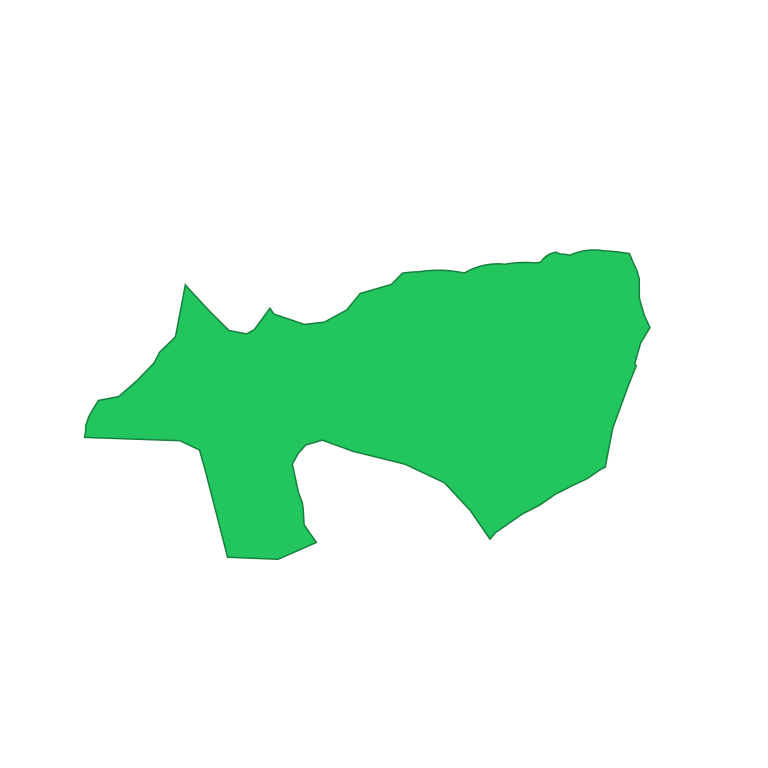 outline of E Mansora 2, Ad Daqahliyah, Egypt, rotated 55°
{"feature_id": "37247803B17472786437270", "entity_name": "E Mansora 2", "entity_type": "district", "adm_level": 2, "iso_a3": "EGY", "parent_name": "Egypt", "parent_adm1": "Ad Daqahliyah", "projection": "orthographic", "projection_center": [31.41, 31.047], "detail": "fine", "context": "isolated", "style": "filled", "palette": "green", "viewbox_px": 768, "rotation_deg": 55, "n_neighbors": 0, "source": "geoboundaries", "source_scale": "gbopen_adm2", "svg_char_len": 2858}
<svg xmlns="http://www.w3.org/2000/svg" viewBox="0 0 768 768"><g transform="rotate(55 384 384)"><path d="M256.0,659.9L313.4,583.7L332.3,573.0L348.4,578.6L354.5,580.8L436.2,611.5L466.8,571.3L475.0,530.3L453.5,530.2L440.0,521.9L434.7,519.1L423.9,516.3L410.5,510.7L397.1,505.1L391.7,494.2L389.1,483.2L394.5,466.8L421.5,447.9L461.9,412.7L466.4,410.1L499.7,391.1L518.5,388.5L537.4,385.9L571.9,386.2L569.7,378.0L569.8,345.2L572.5,326.1L572.6,313.0L572.6,306.9L575.3,287.8L578.1,271.4L578.2,255.0L579.1,250.5L567.4,238.5L562.1,233.0L551.4,222.0L524.6,183.5L521.0,178.0L519.2,175.3L515.9,170.1L513.9,167.0L511.2,167.0L497.8,150.5L490.3,133.8L476.3,131.2L460.2,125.6L444.1,114.5L436.1,111.7L430.8,110.9L427.7,110.3L417.9,108.1L417.6,108.6L417.5,108.8L416.6,109.7L414.4,111.9L412.4,114.1L410.3,116.3L408.3,118.6L406.4,120.9L404.4,123.2L402.6,125.6L401.4,127.1L401.0,127.6L400.5,128.0L399.3,129.3L398.1,130.7L397.5,131.4L396.9,132.1L395.8,133.6L395.3,134.3L394.7,135.0L393.7,136.6L393.2,137.3L392.7,138.1L391.8,139.7L391.3,140.5L390.9,141.3L390.1,142.9L389.7,143.8L389.3,144.6L388.6,146.3L388.2,147.1L387.9,148.0L387.3,149.7L387.0,150.6L386.7,151.4L386.2,153.2L386.0,154.1L385.7,155.0L385.3,156.8L385.2,157.2L385.2,157.6L381.2,161.8L378.7,165.1L374.8,167.4L374.5,167.9L374.3,168.4L373.8,169.4L373.5,170.5L373.1,171.5L372.9,172.6L372.8,173.2L372.7,173.7L372.5,174.8L372.5,175.4L372.4,175.9L372.4,177.0L372.4,177.6L372.4,178.2L372.5,179.3L372.5,179.8L372.6,180.4L372.8,181.5L372.9,182.0L373.0,182.6L373.3,183.6L373.4,183.9L373.5,184.2L373.7,184.7L374.1,185.7L373.9,186.1L371.9,190.3L371.5,190.8L371.0,191.3L369.5,193.2L367.9,195.2L366.4,197.2L365.0,199.2L363.6,201.3L362.2,203.4L360.9,205.5L359.7,207.7L358.5,209.8L357.3,212.1L356.2,214.3L355.3,216.2L355.1,216.4L355.0,216.6L353.7,218.1L352.5,219.6L351.3,221.2L350.2,222.8L349.2,224.4L348.3,225.8L348.1,226.1L347.2,227.8L346.6,228.8L346.3,229.5L345.4,231.2L345.0,232.1L344.6,233.0L343.8,234.8L343.5,235.7L343.1,236.6L342.5,238.4L342.2,239.4L341.9,240.3L341.3,242.2L341.1,243.1L340.8,244.0L340.4,245.9L340.2,246.9L340.0,247.9L339.7,249.8L339.6,250.7L339.5,251.7L339.3,253.6L339.2,254.1L339.2,254.5L338.0,255.7L336.1,257.5L334.2,259.5L332.4,261.4L330.6,263.4L328.8,265.4L327.1,267.5L325.4,269.6L323.8,271.7L322.3,273.9L320.7,276.1L319.3,278.3L317.8,280.6L316.5,282.9L315.5,284.4L315.3,284.8L315.1,285.2L313.8,287.6L312.6,289.9L311.7,291.7L311.6,291.9L311.4,292.2L310.0,294.3L308.6,296.5L307.3,298.8L306.0,301.0L304.8,303.3L303.8,305.3L306.7,320.7L298.4,345.0L296.2,351.5L301.0,368.8L302.0,372.2L299.1,397.4L289.5,415.1L263.6,434.1L256.5,433.9L265.1,459.3L264.1,468.0L251.2,480.3L225.1,485.0L218.0,486.0L189.2,489.9L188.9,489.9L225.7,527.7L229.3,549.6L234.9,560.5L239.6,584.5L242.1,608.6L233.7,627.3L235.9,632.8L241.5,644.7L247.1,652.3L251.5,655.5L256.0,659.9Z" fill="#22c55e" stroke="#15803d" stroke-width="1.5"/></g></svg>